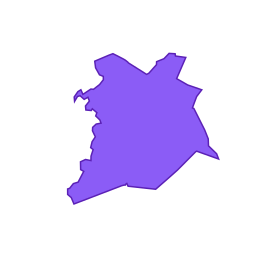 Kanawha, West Virginia, United States of America, rotated 58°
{"feature_id": "52423323B76840765500257", "entity_name": "Kanawha", "entity_type": "district", "adm_level": 2, "iso_a3": "USA", "parent_name": "United States of America", "parent_adm1": "West Virginia", "projection": "mercator", "projection_center": [-81.6, 38.297], "detail": "fine", "context": "isolated", "style": "filled", "palette": "violet", "viewbox_px": 256, "rotation_deg": 58, "n_neighbors": 0, "source": "geoboundaries", "source_scale": "gbopen_adm2", "svg_char_len": 1147}
<svg xmlns="http://www.w3.org/2000/svg" viewBox="0 0 256 256"><g transform="rotate(58 128 128)"><path d="M194.6,137.0L192.5,123.8L189.9,108.4L184.0,83.2L184.1,82.0L202.3,67.6L196.8,66.5L185.8,69.2L179.7,65.7L170.3,64.0L146.4,61.8L145.1,62.7L142.2,59.0L137.7,53.1L134.7,45.2L123.1,54.6L111.9,60.6L98.8,41.6L92.1,49.6L90.0,48.7L86.5,53.6L88.3,60.8L86.9,68.6L89.4,70.3L92.6,81.3L92.4,83.8L72.9,93.2L72.2,93.2L69.1,94.3L67.0,95.4L60.9,99.0L57.0,101.4L56.1,105.7L53.7,120.8L59.8,123.6L67.8,124.0L71.1,121.6L74.0,123.3L76.1,129.1L76.9,136.8L75.3,138.8L75.6,148.4L70.6,147.7L70.6,151.2L73.2,157.2L77.1,159.2L74.5,154.1L75.3,151.5L80.5,150.0L80.7,145.7L84.7,146.5L86.8,152.4L90.4,154.2L93.7,149.9L92.8,148.1L98.5,146.3L100.7,149.0L106.3,147.6L109.6,148.3L107.8,152.9L108.7,157.6L111.5,159.6L118.2,160.4L120.6,165.7L124.9,170.1L127.8,169.0L132.3,174.3L136.0,176.7L132.2,180.7L131.5,186.2L138.2,190.2L141.3,188.5L147.5,199.0L146.2,203.8L148.2,209.4L147.7,211.5L152.4,214.4L156.9,213.0L163.8,214.1L173.6,163.9L174.3,161.7L175.0,160.4L174.5,159.8L174.4,158.4L177.4,158.8L194.5,137.1L194.6,137.0Z" fill="#8b5cf6" stroke="#5b21b6" stroke-width="1.5"/></g></svg>